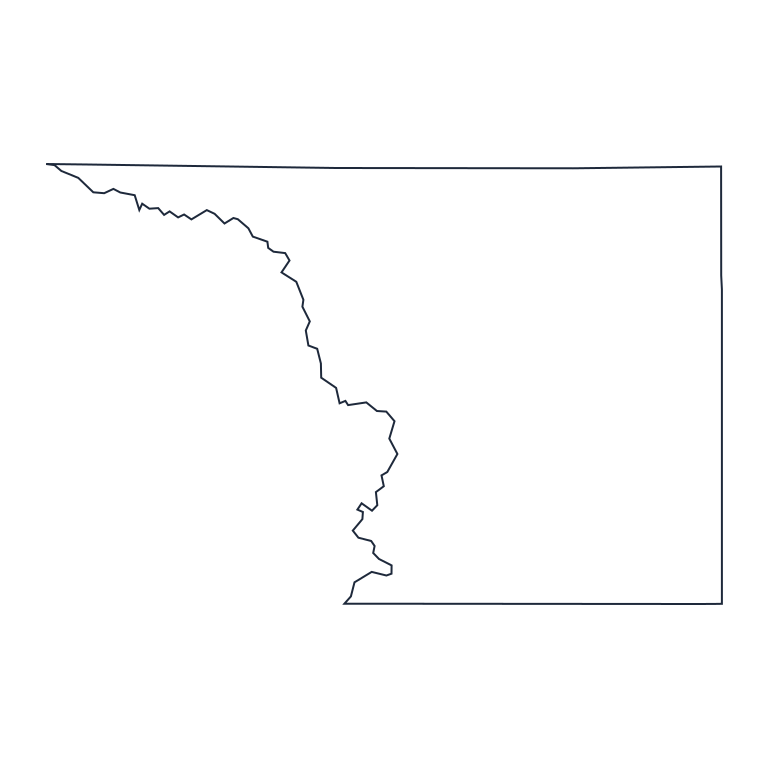 the district of Crockett, Texas, United States of America
{"feature_id": "52423323B97949275752783", "entity_name": "Crockett", "entity_type": "district", "adm_level": 2, "iso_a3": "USA", "parent_name": "United States of America", "parent_adm1": "Texas", "projection": "mercator", "projection_center": [-101.803, 30.687], "detail": "fine", "context": "isolated", "style": "outline", "palette": "slate", "viewbox_px": 768, "rotation_deg": 0, "n_neighbors": 0, "source": "geoboundaries", "source_scale": "gbopen_adm2", "svg_char_len": 1129}
<svg xmlns="http://www.w3.org/2000/svg" viewBox="0 0 768 768"><path d="M573.2,168.3L336.0,168.0L87.5,164.5L46.1,164.0L54.5,165.1L61.4,171.0L78.3,177.9L93.3,192.3L104.2,193.2L113.4,188.9L120.3,192.5L134.7,195.2L139.3,210.0L142.2,203.7L149.4,208.7L158.2,208.1L164.1,214.9L169.6,211.4L178.1,217.4L184.1,214.5L191.4,219.4L206.8,210.1L214.6,213.8L224.5,223.5L233.4,218.0L237.8,219.2L248.4,228.3L252.8,236.6L267.4,241.7L268.2,247.9L273.5,251.7L285.2,253.1L289.5,260.5L281.5,272.4L296.3,281.8L303.4,299.8L302.4,306.7L309.8,321.4L305.8,330.5L308.4,345.5L317.2,348.8L320.9,363.5L321.2,377.7L336.1,387.9L339.6,403.3L345.4,400.9L348.1,405.1L366.3,402.4L376.9,411.0L386.3,411.6L394.5,421.2L389.3,438.6L397.4,454.0L387.3,472.0L381.5,475.4L383.8,486.2L375.9,492.1L377.3,505.2L372.0,510.7L361.6,503.3L357.4,509.6L362.9,512.0L362.4,519.1L352.8,530.6L358.4,537.7L371.2,541.0L374.6,546.0L373.2,553.0L379.0,559.0L391.6,565.4L391.5,573.7L386.4,575.5L371.7,571.9L354.5,582.3L350.9,596.4L344.4,603.7L700.8,604.0L716.4,603.9L721.9,603.8L721.9,374.1L721.9,289.4L721.2,275.5L721.1,166.5L573.2,168.3Z" fill="none" stroke="#1e293b" stroke-width="2"/></svg>